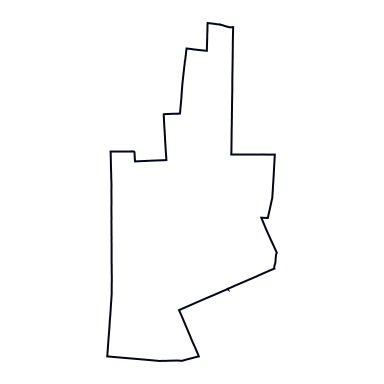 Perisoru, Calarasi, Romania
{"feature_id": "2599482B98819823315951", "entity_name": "Perisoru", "entity_type": "district", "adm_level": 2, "iso_a3": "ROU", "parent_name": "Romania", "parent_adm1": "Calarasi", "projection": "mercator", "projection_center": [27.524, 44.441], "detail": "fine", "context": "isolated", "style": "outline", "palette": "ink", "viewbox_px": 384, "rotation_deg": 0, "n_neighbors": 0, "source": "geoboundaries", "source_scale": "gbopen_adm2", "svg_char_len": 4745}
<svg xmlns="http://www.w3.org/2000/svg" viewBox="0 0 384 384"><path d="M182.1,360.8L183.8,360.3L185.3,359.9L186.5,359.5L188.1,359.1L190.7,358.5L192.8,357.9L194.9,357.3L198.8,356.4L198.0,354.3L196.5,350.8L194.9,347.0L194.8,346.9L194.7,346.7L192.5,341.8L190.8,337.8L190.4,336.7L181.9,316.6L180.0,312.3L179.5,311.1L179.0,310.1L198.0,301.8L206.7,298.0L208.7,297.2L211.0,296.2L213.0,295.4L215.9,294.1L216.4,293.9L217.9,293.3L218.7,292.9L219.4,292.6L222.8,291.1L225.0,290.2L226.8,289.4L227.5,289.0L227.9,289.3L227.7,288.8L229.0,288.3L231.4,287.3L232.3,286.9L234.5,285.9L235.3,285.5L239.4,283.8L241.1,283.0L242.2,282.6L242.6,282.4L245.4,281.2L248.4,279.9L250.0,279.2L251.5,278.6L252.6,278.1L254.7,277.2L255.6,276.8L256.5,276.5L257.4,276.0L258.2,275.6L260.0,274.8L260.7,274.6L262.5,273.7L264.3,272.9L266.4,272.0L268.4,271.1L269.5,270.6L270.6,270.2L272.1,269.6L274.4,268.6L274.3,268.1L274.2,267.8L274.2,267.2L274.2,266.8L274.3,266.4L274.7,265.0L275.1,263.7L275.3,263.0L275.3,262.9L275.4,262.4L275.5,260.7L275.6,260.0L275.7,258.2L275.8,257.1L275.9,256.1L276.0,255.4L276.0,254.9L276.1,254.7L276.2,254.3L276.4,253.8L276.5,253.5L276.6,253.1L276.8,252.7L270.3,238.6L266.2,229.5L261.3,217.7L267.8,218.0L272.3,197.8L272.4,195.8L272.6,193.2L273.6,176.6L274.8,154.6L272.3,154.6L270.5,154.6L268.9,154.6L266.5,154.6L265.0,154.5L263.2,154.5L261.5,154.5L260.4,154.5L259.1,154.5L256.2,154.6L253.9,154.5L252.5,154.5L248.2,154.5L246.4,154.5L244.6,154.5L241.9,154.5L239.9,154.5L236.9,154.5L234.5,154.5L231.3,154.5L231.3,153.5L231.4,152.6L231.5,144.1L231.6,137.1L231.6,133.0L231.7,127.3L231.8,124.4L231.8,122.3L231.8,119.4L231.9,118.3L231.9,112.9L232.0,108.7L232.0,107.5L232.0,105.1L232.1,100.1L232.2,95.0L232.3,90.8L232.3,89.5L232.3,86.7L232.3,83.4L232.4,74.0L232.5,69.3L232.6,63.0L232.6,61.4L232.7,57.3L232.7,55.7L232.7,54.1L232.8,47.5L232.8,46.6L232.8,45.9L232.8,43.9L232.9,38.8L233.1,29.7L233.1,28.5L233.1,27.1L231.3,27.3L229.9,27.3L229.3,27.2L228.0,26.9L225.7,26.3L221.6,24.9L220.2,24.8L219.8,24.3L218.6,24.4L217.7,24.4L216.3,24.1L214.6,23.9L211.9,23.5L209.8,23.3L207.6,23.0L207.6,23.4L207.5,24.6L207.5,26.1L207.4,31.1L207.2,36.0L207.2,37.0L207.2,38.2L207.1,40.4L207.1,41.6L207.0,44.4L207.0,44.5L207.0,45.3L206.9,48.1L206.9,50.8L206.3,50.8L204.9,50.6L204.0,50.6L202.7,50.4L200.0,50.1L197.9,49.9L195.6,49.6L193.4,49.4L193.0,49.4L192.8,49.3L192.6,49.2L192.3,49.2L191.8,49.1L191.3,49.0L187.4,48.6L186.6,48.5L186.3,50.6L186.1,51.9L186.0,53.3L185.9,54.1L185.8,55.0L185.6,56.4L185.4,58.1L185.3,59.1L185.2,60.2L185.0,60.8L184.8,61.6L184.8,62.2L184.7,63.8L184.3,66.7L184.0,69.3L183.9,70.4L183.5,73.7L183.1,77.3L183.0,78.2L182.9,79.3L182.8,80.2L182.7,80.9L182.6,82.1L182.2,86.1L182.1,87.8L182.0,89.2L181.9,89.9L181.9,90.9L181.8,91.5L181.7,93.4L181.6,94.2L181.4,97.9L181.2,99.9L181.0,102.4L180.9,103.0L180.9,103.4L180.8,104.4L180.8,104.5L180.8,104.9L180.4,108.5L180.2,111.3L180.0,113.0L179.9,113.6L177.6,113.7L173.0,113.8L170.3,113.9L165.6,114.1L163.8,114.2L163.7,114.3L163.7,114.5L163.9,118.6L164.0,120.8L164.2,123.5L164.2,124.6L164.7,132.1L164.8,134.7L164.9,136.2L165.0,137.0L165.0,137.7L165.0,138.3L165.2,141.8L165.3,143.2L165.7,150.0L165.9,152.6L166.3,158.5L166.4,160.0L165.9,160.1L165.0,160.2L164.0,160.2L162.7,160.2L161.6,160.3L160.6,160.3L160.0,160.3L159.1,160.4L158.0,160.4L157.1,160.4L155.8,160.5L154.3,160.6L152.6,160.6L150.8,160.7L149.5,160.8L148.5,160.8L147.9,160.8L147.1,160.9L146.5,160.9L145.8,161.0L144.4,161.0L141.9,161.1L137.6,161.3L135.0,161.4L134.6,154.8L134.5,152.3L134.4,152.1L134.3,151.8L134.2,151.7L133.8,151.5L133.4,151.5L132.6,151.5L131.9,151.4L131.9,151.5L131.0,151.5L129.7,151.5L128.3,151.5L126.5,151.5L125.3,151.5L124.1,151.5L122.8,151.5L121.8,151.5L119.6,151.5L118.0,151.5L115.9,151.5L114.2,151.5L112.9,151.5L111.5,151.5L110.6,151.5L110.7,154.6L110.8,158.3L110.9,163.4L111.0,167.8L111.1,171.7L111.2,174.1L111.2,176.6L111.3,178.5L111.3,180.0L111.4,181.7L111.5,186.3L111.4,190.5L111.5,203.4L111.4,207.7L111.5,218.0L111.5,219.5L111.5,220.1L111.4,221.0L111.5,226.1L111.5,226.5L111.5,227.5L111.5,228.5L111.5,230.6L111.5,235.0L111.6,238.0L111.5,240.5L111.6,243.9L111.6,245.8L111.6,247.1L111.6,249.7L111.6,252.4L111.6,254.2L111.6,255.2L111.6,257.6L111.6,260.3L111.6,262.2L111.6,264.3L111.7,264.9L111.7,266.2L111.7,268.0L111.7,268.7L111.7,270.5L111.7,271.7L111.7,272.7L111.8,275.6L111.8,276.6L111.8,277.9L111.8,278.8L111.8,281.6L111.7,283.8L111.7,284.2L111.7,286.9L111.7,288.9L111.7,291.8L111.7,293.8L111.3,300.2L111.0,303.6L111.0,304.1L110.6,310.4L110.3,315.1L109.9,319.4L109.5,326.2L108.7,336.8L108.6,337.6L107.3,355.8L107.2,356.4L126.7,358.1L139.7,359.2L150.0,360.1L157.7,360.8L159.3,361.0L161.2,360.9L163.2,360.9L164.7,360.9L169.8,360.7L175.1,360.6L177.3,360.5L179.8,360.7L181.9,360.8L182.1,360.8Z" fill="none" stroke="#020617" stroke-width="2"/></svg>